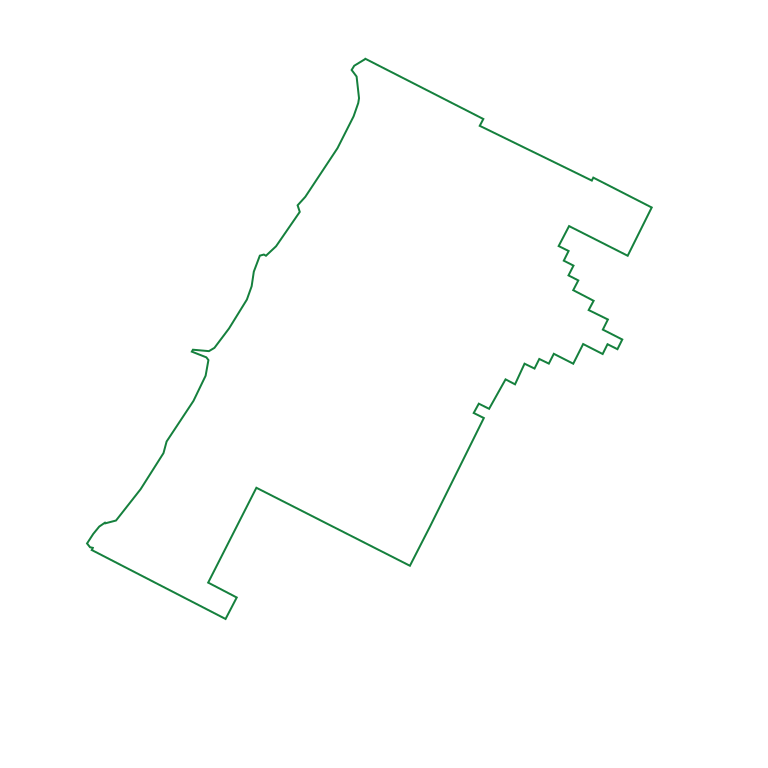 the district of Tillamook, Oregon, United States of America, rotated 27°
{"feature_id": "52423323B79399989430329", "entity_name": "Tillamook", "entity_type": "district", "adm_level": 2, "iso_a3": "USA", "parent_name": "United States of America", "parent_adm1": "Oregon", "projection": "orthographic", "projection_center": [-123.717, 45.414], "detail": "fine", "context": "isolated", "style": "outline", "palette": "green", "viewbox_px": 768, "rotation_deg": 27, "n_neighbors": 0, "source": "geoboundaries", "source_scale": "gbopen_adm2", "svg_char_len": 1185}
<svg xmlns="http://www.w3.org/2000/svg" viewBox="0 0 768 768"><g transform="rotate(27 384 384)"><path d="M488.4,369.0L477.1,369.1L477.4,358.5L488.9,358.4L490.2,324.7L500.9,324.8L500.0,302.1L511.1,301.9L511.0,291.2L521.6,291.0L521.6,280.0L543.4,280.0L543.3,258.0L565.2,258.0L565.1,247.1L576.2,247.0L576.1,236.2L554.3,236.2L554.2,224.9L532.8,225.2L533.0,214.7L510.0,214.5L510.1,203.5L499.1,203.5L499.1,192.5L488.2,192.5L488.1,181.7L477.0,181.8L477.2,159.3L542.9,159.1L542.4,105.2L476.8,105.1L476.8,108.4L352.1,110.5L352.2,102.8L219.7,102.7L219.6,103.2L213.0,113.9L212.6,118.9L220.0,122.5L232.0,140.7L233.5,145.4L235.4,159.3L235.5,195.0L228.9,253.0L225.9,264.0L230.3,268.4L230.8,268.9L225.3,310.3L220.6,323.3L218.2,323.2L215.1,326.0L217.0,343.0L221.7,357.0L223.5,371.0L220.7,404.9L216.5,428.8L213.1,434.2L198.2,440.2L198.1,442.4L213.6,440.9L216.7,442.4L221.3,457.6L221.9,485.6L216.4,533.9L218.9,545.7L214.9,588.2L207.2,627.3L198.9,634.7L198.3,634.3L195.0,640.3L193.0,649.5L191.8,660.9L196.2,662.9L198.9,662.2L199.1,663.7L199.0,664.6L349.5,665.3L349.7,641.1L317.5,640.8L317.4,534.4L489.6,534.2L489.7,489.9L488.9,413.8L488.4,369.0Z" fill="none" stroke="#15803d" stroke-width="2"/></g></svg>